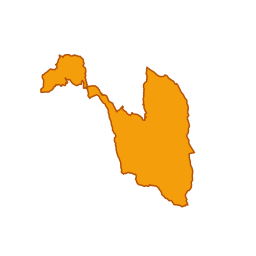 Zapatoca, Santander, Colombia, rotated 336°
{"feature_id": "7082276B90716501324077", "entity_name": "Zapatoca", "entity_type": "district", "adm_level": 2, "iso_a3": "COL", "parent_name": "Colombia", "parent_adm1": "Santander", "projection": "equal_earth", "projection_center": [-73.303, 6.849], "detail": "fine", "context": "isolated", "style": "filled", "palette": "amber", "viewbox_px": 256, "rotation_deg": 336, "n_neighbors": 0, "source": "geoboundaries", "source_scale": "gbopen_adm2", "svg_char_len": 5825}
<svg xmlns="http://www.w3.org/2000/svg" viewBox="0 0 256 256"><g transform="rotate(336 128 128)"><path d="M165.7,202.0L167.6,197.0L168.4,196.0L169.3,194.3L169.8,192.8L170.2,189.8L170.1,187.3L170.5,185.8L171.1,184.5L171.5,182.6L171.6,180.9L172.5,178.7L172.9,177.2L173.4,176.5L176.3,176.8L178.0,177.5L178.7,177.3L177.7,170.7L177.4,166.9L177.6,165.7L178.5,164.3L178.6,163.4L178.2,160.6L178.4,159.5L178.8,158.4L180.7,157.1L182.0,155.4L183.1,152.8L184.9,151.4L185.6,147.9L186.0,144.1L186.4,142.8L186.7,142.0L188.0,141.7L188.7,141.0L188.7,140.0L188.5,139.3L188.7,138.5L189.2,137.3L190.8,135.0L191.1,134.2L191.8,132.1L191.8,131.2L191.7,129.5L192.9,127.1L192.9,126.2L192.1,123.4L192.1,120.4L191.2,116.8L190.9,108.8L190.3,107.2L189.5,107.4L189.1,107.2L188.8,106.5L188.6,103.7L187.7,102.7L185.6,99.4L185.3,98.5L185.0,96.7L184.6,95.7L183.3,94.6L182.0,95.3L181.1,95.3L178.7,94.3L177.4,93.3L175.9,90.9L174.6,87.7L172.1,84.1L170.1,80.4L168.9,81.8L168.6,82.8L167.8,84.0L167.1,85.5L166.6,85.8L166.7,87.6L166.1,89.2L165.6,89.8L165.4,91.0L164.7,91.4L163.8,93.1L161.8,93.5L161.2,94.0L160.3,94.4L159.7,95.0L158.6,97.7L158.8,98.5L158.6,99.0L157.8,99.9L157.4,101.4L156.5,102.3L156.3,103.6L156.0,103.9L155.9,104.4L155.5,104.5L155.1,106.0L153.9,107.3L153.3,108.5L153.2,109.7L152.8,110.2L152.3,111.7L151.9,112.0L152.1,113.1L151.9,113.2L151.3,113.0L151.6,114.8L151.1,115.5L150.6,117.1L150.9,118.4L150.5,119.3L151.0,120.6L150.9,121.9L149.7,122.0L149.1,122.3L148.2,124.0L148.2,124.5L148.7,125.0L148.7,125.6L147.5,125.5L147.3,126.3L146.8,126.9L146.7,127.6L146.2,127.7L145.8,127.2L145.1,127.0L144.8,126.3L144.7,125.9L145.0,125.2L144.9,124.4L144.4,123.7L144.3,122.8L144.0,122.2L143.2,121.4L143.0,120.8L142.0,119.4L140.3,118.3L139.3,118.0L138.3,116.8L138.1,115.9L137.4,115.8L137.1,116.7L135.4,117.3L135.0,117.3L134.8,116.7L134.0,116.2L132.9,113.7L132.8,112.3L131.3,110.2L131.0,109.3L130.6,108.6L130.6,108.0L131.1,107.9L131.2,107.1L131.7,107.2L132.1,106.8L131.8,105.9L127.9,107.8L127.0,108.1L126.0,107.9L125.1,108.4L124.7,108.2L124.3,108.6L124.1,108.4L124.0,107.8L124.4,107.0L124.0,104.9L124.2,104.2L123.9,102.2L124.0,99.2L123.9,98.9L123.4,98.6L123.2,98.0L122.7,97.6L122.2,96.8L121.5,96.4L121.6,95.3L121.3,95.0L121.4,94.4L121.3,93.8L121.6,92.2L121.3,89.5L120.7,88.9L120.1,88.6L119.5,87.9L119.0,88.0L118.6,87.5L118.1,87.7L117.9,87.4L118.0,85.9L117.3,86.1L117.4,84.5L117.1,83.7L117.3,81.4L116.9,80.7L116.6,78.7L115.1,76.2L114.6,75.8L113.9,75.8L111.9,74.7L111.1,74.7L110.4,74.3L109.6,74.3L109.0,73.9L108.3,74.1L107.5,73.7L107.5,72.7L108.3,72.0L108.3,71.5L108.0,71.2L107.9,70.7L108.4,70.4L108.6,70.0L108.8,68.7L108.6,67.8L109.4,65.9L109.3,65.0L109.1,64.5L109.6,63.9L110.4,63.5L110.6,62.8L111.0,62.1L110.9,60.6L111.9,60.2L112.4,59.3L113.3,56.6L113.2,55.2L112.3,53.6L112.1,52.9L112.3,52.6L112.9,52.4L114.1,51.2L114.2,50.6L114.1,49.5L114.9,47.6L114.9,47.1L114.8,46.5L113.9,44.9L113.5,43.2L111.9,42.5L110.7,41.0L109.6,40.6L109.1,39.6L108.2,39.7L107.1,39.3L106.5,39.6L105.1,38.9L104.0,37.1L103.3,36.9L102.4,36.2L100.9,36.1L99.7,35.5L98.1,36.4L97.4,36.9L96.9,35.7L95.8,34.8L95.0,33.6L94.8,33.6L94.3,35.9L92.3,37.2L90.5,39.5L89.2,40.3L88.2,40.6L88.6,40.9L88.7,41.2L88.4,41.8L88.0,41.7L88.2,42.6L87.7,44.2L86.5,44.3L85.1,44.9L84.5,44.8L81.8,43.2L81.3,42.6L80.5,42.7L76.7,43.9L74.0,44.3L73.2,45.0L72.8,45.1L72.1,44.7L71.5,44.8L70.4,46.5L70.1,47.9L70.5,49.3L69.5,52.2L68.4,53.7L67.9,55.4L66.8,56.4L64.1,57.2L63.6,58.7L63.1,59.8L64.4,60.7L66.5,61.2L70.1,62.8L70.7,62.9L71.9,62.4L73.8,62.4L74.6,61.9L75.7,61.7L76.1,61.5L76.7,60.4L77.4,60.4L77.6,60.2L78.3,60.5L79.9,59.1L80.3,59.3L80.6,60.0L82.0,59.9L82.9,60.7L83.7,61.5L83.8,62.6L84.3,62.8L85.1,62.0L85.8,61.8L86.1,61.9L87.2,63.3L88.1,63.6L89.0,62.6L89.4,61.5L90.4,62.2L90.9,62.2L91.4,61.6L90.8,57.3L91.2,56.8L91.6,56.8L91.2,57.0L91.2,57.4L91.6,58.4L92.4,58.9L93.2,59.8L94.4,60.1L94.6,60.4L94.9,62.8L95.5,64.7L97.9,68.1L99.2,68.6L101.1,68.3L102.1,68.5L103.1,69.1L103.5,68.7L104.1,67.4L104.7,67.0L104.9,66.5L105.2,66.2L105.8,66.2L105.8,67.3L106.1,68.8L105.6,69.2L103.6,73.3L104.3,74.0L104.8,73.8L105.5,74.2L106.0,74.9L106.4,74.7L106.4,74.1L107.2,74.8L106.5,76.7L106.1,79.9L105.6,80.9L104.8,81.8L104.6,82.5L105.2,85.3L106.6,84.9L109.9,84.8L111.4,85.0L112.4,84.8L112.8,84.9L114.4,87.1L114.5,88.3L114.4,89.3L115.2,93.6L115.6,95.0L116.9,96.9L116.7,98.7L117.2,101.5L117.3,102.7L117.0,104.4L116.1,106.3L116.3,107.6L115.3,110.4L115.1,114.6L114.9,116.1L114.1,118.5L114.2,119.3L113.8,121.8L113.5,122.6L112.9,123.7L113.3,125.8L113.1,126.9L113.8,128.1L113.8,129.7L113.5,130.6L113.1,131.0L112.5,131.4L111.9,131.4L111.7,131.6L110.5,133.8L110.3,135.4L110.5,136.8L109.7,138.3L109.3,140.8L108.2,143.4L108.1,145.0L107.8,145.7L107.3,150.1L107.6,152.5L107.3,153.6L107.4,155.0L107.2,156.6L106.0,160.1L105.3,161.5L105.3,163.3L104.9,164.3L104.0,165.4L104.4,166.9L105.3,168.3L106.4,168.0L107.2,168.6L108.3,168.7L109.2,168.5L110.2,168.8L111.1,169.4L111.8,170.2L112.7,170.4L115.0,173.1L115.8,173.3L116.1,173.9L116.1,174.6L115.7,175.9L115.4,176.2L115.2,176.9L114.2,177.5L114.1,177.8L114.3,179.7L114.0,180.5L113.9,181.1L114.5,183.8L117.3,185.9L117.8,186.6L119.4,188.0L121.2,188.1L122.0,188.9L123.3,189.7L124.6,188.6L125.2,189.5L126.0,189.8L126.6,190.6L127.6,190.6L128.7,191.8L129.7,192.2L130.4,192.8L131.7,195.7L131.6,197.0L132.2,198.7L132.3,200.2L131.9,202.8L132.5,204.1L133.0,204.7L133.0,205.5L133.6,207.1L134.0,207.7L135.1,208.5L135.9,210.9L136.2,211.3L137.8,211.7L138.2,212.2L138.8,215.7L138.8,216.5L140.1,217.5L140.7,217.5L142.4,219.0L143.1,219.2L143.7,219.8L144.3,220.1L145.1,221.8L146.2,222.1L147.7,221.9L148.3,222.4L148.6,222.4L149.1,221.8L150.3,222.2L150.6,221.8L151.2,222.4L151.6,221.5L151.5,218.3L152.7,217.3L152.7,214.0L152.9,213.1L153.9,211.8L155.2,211.1L156.3,210.0L157.0,209.7L158.3,209.9L159.1,209.6L161.5,208.2L162.9,205.9L163.1,204.8L163.9,203.2L164.4,202.8L165.7,202.0Z" fill="#f59e0b" stroke="#b45309" stroke-width="1.5"/></g></svg>